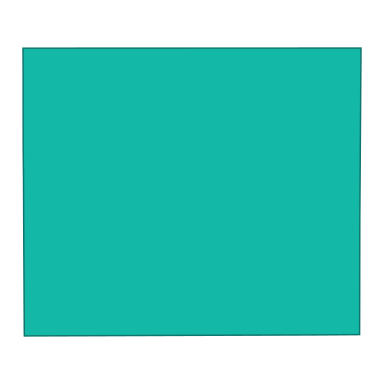 Sherman, Kansas, United States of America (Mercator projection)
{"feature_id": "52423323B41294654491036", "entity_name": "Sherman", "entity_type": "district", "adm_level": 2, "iso_a3": "USA", "parent_name": "United States of America", "parent_adm1": "Kansas", "projection": "mercator", "projection_center": [-101.862, 39.351], "detail": "fine", "context": "isolated", "style": "filled", "palette": "teal", "viewbox_px": 384, "rotation_deg": 0, "n_neighbors": 0, "source": "geoboundaries", "source_scale": "gbopen_adm2", "svg_char_len": 317}
<svg xmlns="http://www.w3.org/2000/svg" viewBox="0 0 384 384"><path d="M23.0,48.2L23.1,67.6L23.1,69.1L23.1,89.3L23.2,144.2L23.2,147.6L23.3,157.3L23.5,177.0L23.7,223.7L24.3,333.4L24.4,335.9L315.4,334.9L359.6,334.6L359.8,220.0L361.0,48.1L348.3,48.1L23.0,48.2Z" fill="#14b8a6" stroke="#0f766e" stroke-width="1.5"/></svg>